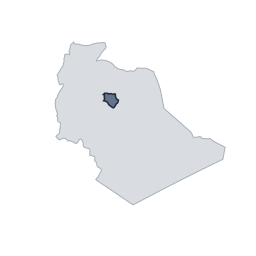 Fitri, Batha, Chad (highlighted), rotated 126°
{"feature_id": "50815135B60006364885554", "entity_name": "Fitri", "entity_type": "district", "adm_level": 2, "iso_a3": "TCD", "parent_name": "Chad", "parent_adm1": "Batha", "projection": "orthographic", "projection_center": [17.521, 12.811], "detail": "fine", "context": "in_parent", "style": "filled", "palette": "slate", "viewbox_px": 256, "rotation_deg": 126, "n_neighbors": 0, "source": "geoboundaries", "source_scale": "gbopen_adm2", "svg_char_len": 4164}
<svg xmlns="http://www.w3.org/2000/svg" viewBox="0 0 256 256"><g transform="rotate(126 128 128)"><path d="M187.2,78.7L187.4,84.0L187.6,89.3L187.8,94.6L187.9,99.9L188.1,105.3L188.3,110.6L188.5,115.9L188.7,121.2L188.7,123.0L188.6,123.7L188.5,123.8L188.3,123.9L185.6,123.5L184.4,123.5L182.7,123.9L180.3,124.2L178.7,124.2L177.6,125.1L176.8,126.2L177.2,128.9L177.2,129.7L176.9,130.7L176.1,131.5L175.4,132.1L175.0,132.7L174.4,133.9L174.0,134.4L174.1,135.2L174.0,136.0L173.5,136.4L172.4,136.7L171.7,137.1L171.1,137.7L170.7,138.1L170.9,138.6L171.2,139.4L171.4,140.6L171.5,141.3L172.1,141.8L172.5,142.2L172.6,142.7L172.3,143.1L170.9,144.0L170.3,144.3L169.7,144.8L169.4,145.0L168.4,145.8L167.9,146.5L167.7,147.1L167.7,148.0L168.3,149.2L168.9,150.2L169.1,151.0L169.2,151.9L169.2,152.7L168.9,153.5L168.4,154.1L166.5,155.4L165.5,156.7L164.8,158.4L164.6,159.3L164.9,159.9L165.3,160.3L165.9,160.6L166.7,160.6L168.1,160.4L169.4,160.2L170.8,160.7L171.5,162.1L171.3,163.1L171.8,164.9L172.3,167.0L172.3,167.8L172.5,168.0L173.4,168.2L173.6,168.7L173.4,172.5L173.8,173.6L174.4,174.3L175.1,174.7L175.7,175.2L176.1,175.6L176.9,175.6L177.7,176.3L178.0,177.2L177.9,178.1L177.5,180.1L177.1,181.4L176.6,181.3L175.6,181.0L174.3,180.8L172.8,180.6L171.3,181.1L169.8,181.9L169.3,182.4L168.9,182.7L168.2,182.7L167.5,182.8L167.2,183.3L166.6,183.8L164.4,185.0L163.9,185.4L163.6,185.8L163.6,186.2L163.9,187.1L163.9,188.3L163.4,189.2L162.8,189.8L162.2,190.1L161.6,190.2L161.2,190.6L160.1,192.7L159.6,193.1L158.5,193.0L155.6,196.2L155.3,197.1L154.2,198.4L152.8,199.9L151.6,200.6L151.5,200.9L151.2,201.2L150.4,201.5L147.8,203.3L144.6,203.3L143.2,204.0L141.8,204.3L139.8,204.6L139.2,204.6L136.7,204.8L133.7,204.8L132.5,205.0L131.4,205.7L130.6,206.3L130.5,206.5L130.6,206.9L132.7,208.3L133.2,209.0L132.7,209.7L132.5,209.8L132.4,209.9L132.1,210.4L130.9,212.1L129.0,214.0L128.0,214.5L127.6,214.9L127.1,216.2L126.8,216.4L125.5,216.5L123.0,216.7L119.4,217.1L117.3,217.2L116.0,217.1L114.1,218.0L113.5,218.2L113.0,218.3L111.2,219.2L109.7,220.5L109.1,220.7L107.0,221.3L106.1,222.2L105.7,222.3L104.3,221.1L103.4,220.0L102.9,218.9L102.9,218.5L102.6,218.6L101.9,219.1L101.2,219.6L100.9,220.7L98.7,221.4L96.8,222.0L95.9,222.7L94.6,223.1L92.9,223.0L91.5,222.6L90.3,222.5L90.9,221.6L91.1,220.8L91.2,220.0L91.1,219.4L90.3,219.1L89.8,218.6L88.7,215.8L87.6,213.0L86.0,210.2L84.3,208.3L83.0,207.2L82.6,207.1L82.0,206.8L81.5,206.4L79.2,204.5L76.8,202.3L76.2,201.4L75.0,199.9L73.7,198.4L73.0,197.7L72.7,196.5L73.6,195.4L74.6,194.0L75.9,193.1L77.4,193.0L80.0,193.4L82.8,193.6L85.6,193.3L86.3,193.1L87.0,193.2L88.5,193.5L91.1,193.4L92.5,192.9L91.0,191.9L89.5,190.4L88.0,188.7L87.2,187.1L86.4,185.2L85.6,182.7L85.2,179.6L85.3,177.8L85.5,176.6L86.3,174.5L85.8,173.3L86.0,172.3L85.9,170.9L85.7,170.1L84.7,167.7L84.5,167.4L83.6,165.8L83.2,163.0L82.2,161.1L80.7,160.2L79.7,159.1L79.4,157.2L78.8,156.7L76.3,156.0L74.2,156.0L72.7,153.8L70.8,151.0L69.0,148.4L67.9,143.2L67.3,140.3L68.1,139.4L69.6,137.3L71.6,133.3L75.9,127.2L78.2,124.1L82.6,119.4L88.0,113.6L91.0,110.4L91.6,104.4L92.2,98.1L92.6,93.3L93.1,87.7L93.6,83.0L93.9,79.6L94.4,74.7L94.7,73.8L96.8,70.0L97.0,69.5L96.6,68.8L93.7,65.6L92.8,64.9L92.3,63.2L93.1,62.2L89.7,56.8L88.8,56.1L88.4,55.5L88.4,54.5L88.4,50.8L87.6,44.9L86.5,38.1L90.6,36.2L93.6,34.7L97.6,32.9L101.2,34.8L106.5,37.6L111.7,40.4L117.0,43.2L122.3,46.0L127.6,48.8L133.0,51.5L138.3,54.3L143.7,57.0L149.1,59.8L154.5,62.5L159.9,65.2L165.3,67.9L170.8,70.6L176.2,73.3L181.7,76.0L187.2,78.7Z" fill="#d9dde1" stroke="#a8b0b8" stroke-width="1"/><path d="M111.1,152.1L111.2,154.7L110.3,156.0L109.9,156.6L109.3,157.1L108.3,157.9L108.0,158.7L108.6,159.2L109.0,159.4L109.5,159.8L109.7,160.3L110.0,161.5L110.1,161.9L110.7,162.5L111.3,163.1L111.8,163.3L111.8,164.3L112.0,165.0L112.3,165.6L112.9,165.9L113.1,166.4L113.2,166.9L113.6,167.3L114.3,167.3L114.8,167.5L115.4,167.6L115.0,166.8L115.5,166.3L116.2,165.9L118.7,163.8L120.3,163.7L119.9,163.0L119.7,162.3L119.3,161.1L119.4,159.9L119.6,158.8L120.3,157.7L120.6,156.4L120.5,155.4L120.5,154.6L120.6,153.2L120.5,152.4L120.2,151.5L119.6,151.4L117.2,151.4L115.5,151.7L114.6,151.4L113.6,151.2L112.7,151.5L111.1,152.1Z" fill="#64748b" stroke="#1e293b" stroke-width="1.5"/></g></svg>